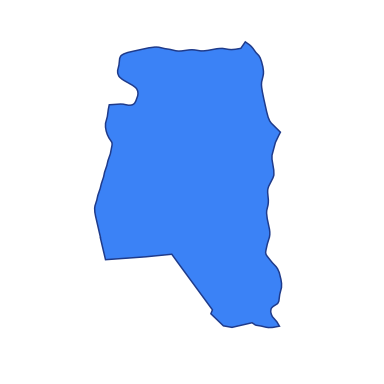 Hondo Valle, La Estrelleta, Dominican Republic, rotated 257°
{"feature_id": "3306468B67030502759571", "entity_name": "Hondo Valle", "entity_type": "district", "adm_level": 2, "iso_a3": "DOM", "parent_name": "Dominican Republic", "parent_adm1": "La Estrelleta", "projection": "robinson", "projection_center": [-71.685, 18.71], "detail": "fine", "context": "isolated", "style": "filled", "palette": "blue", "viewbox_px": 384, "rotation_deg": 257, "n_neighbors": 0, "source": "geoboundaries", "source_scale": "gbopen_adm2", "svg_char_len": 2122}
<svg xmlns="http://www.w3.org/2000/svg" viewBox="0 0 384 384"><g transform="rotate(257 192 192)"><path d="M230.4,291.6L241.3,284.7L243.7,283.7L247.8,283.0L253.6,282.8L266.6,282.9L273.9,283.1L278.2,283.4L280.9,283.8L283.6,284.6L288.8,287.2L291.1,288.2L293.7,288.8L297.8,289.2L303.3,289.1L307.4,288.6L309.9,287.8L313.6,285.6L318.2,283.7L320.5,282.5L322.5,281.1L326.3,277.7L321.0,271.9L321.3,266.4L321.9,262.3L322.7,259.8L325.0,254.2L325.6,251.4L326.0,248.4L326.4,239.5L326.9,235.1L327.5,232.3L329.8,226.6L330.6,224.0L331.1,221.1L331.8,213.6L332.3,210.7L333.2,208.1L335.9,202.6L337.8,197.8L340.5,192.3L341.3,189.7L341.6,188.2L342.2,182.2L342.4,166.7L342.4,160.7L341.9,156.6L341.1,154.1L340.4,153.0L338.5,151.6L332.2,149.4L327.2,146.9L324.9,146.4L323.7,146.4L321.3,146.8L320.1,147.4L317.9,149.0L315.9,150.9L309.3,158.1L307.2,159.9L306.1,160.7L304.9,161.3L302.4,161.8L300.0,161.5L297.9,160.7L293.4,157.8L291.8,156.4L291.1,155.5L290.6,154.3L290.4,153.2L290.4,152.0L290.8,149.7L293.1,144.6L293.8,142.1L295.6,131.0L291.5,129.1L284.6,126.5L278.4,123.2L274.7,122.3L270.8,122.1L267.1,122.4L263.5,123.2L258.7,125.0L257.7,125.1L255.8,124.7L247.5,121.0L241.5,117.2L237.0,115.0L231.0,111.3L226.5,109.2L220.4,105.5L216.0,103.3L209.9,99.5L205.5,97.4L200.4,94.4L198.1,93.5L194.2,92.8L190.1,92.6L168.1,92.6L168.1,92.4L145.5,92.5L139.3,132.1L135.9,158.3L126.4,162.3L72.6,185.4L69.1,183.0L54.5,192.5L53.8,194.2L51.1,200.5L51.1,213.8L51.1,219.4L51.1,221.1L48.3,223.7L47.8,224.4L45.8,229.3L43.6,233.7L42.7,236.0L41.9,240.0L41.6,247.0L46.4,245.5L52.4,242.3L54.8,241.8L57.1,241.7L58.2,241.9L60.2,242.7L61.1,243.4L62.2,245.2L63.9,250.0L64.5,250.8L66.2,252.1L72.6,254.5L78.8,257.7L82.8,258.7L86.9,259.0L93.9,258.9L97.9,258.1L100.2,257.2L105.3,254.2L112.5,250.8L114.4,250.1L116.4,250.1L118.3,250.8L124.4,253.7L130.6,257.3L132.9,258.2L135.5,258.8L138.2,259.1L149.2,259.3L154.6,259.9L157.1,260.6L162.3,263.2L164.6,264.0L167.0,264.6L174.5,265.6L176.9,266.2L178.1,266.7L180.3,268.0L187.5,274.0L189.7,275.4L191.0,275.8L195.0,276.6L205.9,277.3L209.8,278.2L221.5,284.4L227.3,289.0L230.4,291.6Z" fill="#3b82f6" stroke="#1e3a8a" stroke-width="1.5"/></g></svg>